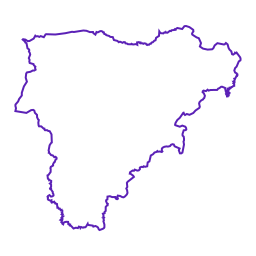 outline of Ponorogo, Jawa Timur, Indonesia
{"feature_id": "22746128B39928875112308", "entity_name": "Ponorogo", "entity_type": "district", "adm_level": 2, "iso_a3": "IDN", "parent_name": "Indonesia", "parent_adm1": "Jawa Timur", "projection": "robinson", "projection_center": [111.509, -7.971], "detail": "fine", "context": "isolated", "style": "outline", "palette": "violet", "viewbox_px": 256, "rotation_deg": 0, "n_neighbors": 0, "source": "geoboundaries", "source_scale": "gbopen_adm2", "svg_char_len": 5694}
<svg xmlns="http://www.w3.org/2000/svg" viewBox="0 0 256 256"><path d="M93.0,32.0L89.9,32.1L86.5,30.8L83.4,30.5L74.0,32.0L72.0,31.8L65.4,33.2L55.4,34.5L46.3,34.2L45.6,34.4L43.8,37.2L40.7,36.1L39.3,36.9L37.8,36.2L36.1,36.4L35.3,35.7L33.7,38.6L29.5,41.0L27.6,41.1L25.4,39.6L23.1,39.2L22.7,39.6L24.8,41.4L25.4,42.6L26.5,43.2L27.5,48.3L28.9,49.3L29.3,50.1L28.9,51.5L29.7,52.7L30.2,54.6L28.8,58.1L29.6,59.9L29.3,61.4L29.7,63.0L33.5,64.1L33.8,65.2L35.4,66.7L35.0,67.8L35.6,69.7L34.3,70.5L32.8,70.5L30.4,71.8L27.0,72.4L26.2,73.5L25.7,77.7L26.9,81.7L23.9,86.4L21.8,92.8L21.8,95.5L19.1,99.0L18.1,101.5L15.5,104.5L15.4,105.9L16.0,108.2L15.4,111.1L26.4,112.9L31.2,110.1L33.2,109.9L34.3,110.6L34.9,112.8L37.0,114.9L37.1,117.3L38.1,119.4L38.8,120.0L38.3,122.7L38.6,125.4L39.0,126.3L41.3,126.4L43.4,128.4L44.4,128.6L44.4,129.4L45.0,130.2L47.2,130.2L48.1,130.9L49.7,131.2L51.5,134.4L51.8,142.5L51.0,143.1L49.6,145.3L48.6,150.5L49.0,151.6L48.8,152.8L49.3,152.9L51.1,155.1L52.8,155.4L54.3,157.2L55.5,156.8L56.5,157.7L56.6,158.8L55.6,159.6L54.6,162.2L54.0,162.4L53.0,164.4L53.1,165.5L50.8,166.9L50.4,168.3L50.7,169.0L50.6,172.0L48.5,174.9L47.5,175.4L47.9,178.7L48.7,179.2L49.1,180.2L49.4,180.0L51.2,180.9L51.1,182.7L49.9,183.5L51.1,184.7L51.1,186.7L50.0,188.6L50.2,189.0L51.1,188.9L51.1,189.6L52.8,192.0L52.7,193.0L53.4,194.1L53.5,195.5L52.5,196.3L51.0,196.6L49.5,195.1L48.1,195.9L47.5,196.8L48.0,197.6L47.8,199.0L48.2,199.7L50.4,200.7L51.4,200.3L51.3,202.0L51.7,202.6L52.3,202.4L52.3,201.9L53.0,202.3L54.2,201.7L55.2,203.4L55.6,203.2L56.1,203.8L57.0,204.0L57.4,207.7L58.2,207.6L58.7,208.7L59.8,208.6L60.7,210.3L61.6,209.9L61.7,210.4L62.3,210.6L62.3,212.4L61.8,212.8L62.7,214.1L61.9,214.5L62.6,215.0L62.2,216.4L62.9,216.5L61.6,217.7L62.4,218.3L62.5,219.0L62.3,219.8L60.9,219.5L60.5,219.9L61.4,220.2L61.9,221.1L61.3,222.1L62.0,222.7L62.4,223.8L63.2,224.3L63.6,222.7L64.4,222.2L66.1,221.8L68.1,221.9L68.3,223.9L68.8,223.8L69.2,224.6L69.4,224.3L70.2,224.5L70.2,225.6L71.2,226.0L73.5,228.5L75.9,227.7L77.9,228.1L78.9,226.6L80.1,227.2L80.4,228.0L81.1,227.0L83.0,227.7L84.0,227.2L84.9,227.4L86.0,226.7L87.7,223.8L87.9,224.6L88.5,225.0L92.8,225.6L93.3,226.6L95.4,226.0L96.8,226.6L98.0,227.5L98.8,229.4L99.6,230.0L102.9,228.8L104.1,227.9L104.4,227.2L104.4,224.5L103.4,221.2L103.9,220.3L103.5,218.8L103.9,217.8L103.6,217.7L104.0,217.5L103.3,216.5L103.5,215.2L102.9,213.7L104.6,213.2L104.5,212.1L105.7,210.9L105.7,207.0L107.2,205.2L107.6,205.2L107.8,203.8L107.0,203.4L106.0,201.0L106.4,199.9L107.4,199.4L107.5,196.6L109.9,196.2L112.2,197.1L115.3,197.0L115.4,197.9L116.2,198.9L117.1,199.2L117.9,198.7L117.3,197.0L117.8,195.6L120.2,196.0L122.2,197.1L123.6,197.3L124.9,196.5L126.8,194.5L127.5,192.9L127.1,190.2L126.3,188.5L127.3,186.9L126.9,182.9L127.6,181.8L133.9,176.9L133.2,175.7L130.3,173.6L129.8,173.6L130.0,172.3L132.6,170.5L133.9,170.8L134.7,169.6L137.3,170.6L138.7,170.4L139.9,169.2L139.8,167.8L140.2,167.3L141.8,166.8L143.0,167.1L143.7,166.3L145.1,166.8L147.2,166.3L147.7,162.4L149.4,161.4L150.8,155.5L153.1,154.2L154.5,152.5L156.3,152.0L157.3,151.1L157.7,151.7L159.8,151.5L161.8,152.0L162.4,151.4L161.8,150.5L161.9,148.5L162.8,147.6L164.3,146.8L166.5,146.4L167.9,146.6L170.0,146.1L171.0,144.8L172.5,144.2L173.8,144.5L174.6,146.3L179.6,148.5L178.8,150.2L179.9,153.3L181.2,153.4L182.4,152.6L184.0,144.5L183.5,141.5L184.0,140.4L184.0,138.7L183.7,136.6L182.6,135.6L182.5,134.1L183.7,130.3L185.7,130.1L186.3,129.5L186.1,128.0L185.3,126.7L182.3,125.6L179.8,126.7L175.9,125.4L175.2,125.1L175.1,124.5L175.6,122.8L177.3,120.0L179.8,117.8L183.3,112.8L183.6,112.7L184.2,114.2L185.0,115.0L186.8,114.0L189.5,114.8L193.3,113.0L195.5,110.5L199.3,107.9L199.8,106.8L199.1,103.5L199.5,102.2L201.2,100.4L203.1,99.4L203.5,98.5L204.2,98.1L204.9,95.8L203.8,93.2L202.6,92.2L202.8,91.2L203.5,90.6L206.0,91.1L207.6,89.7L208.6,90.6L210.5,90.0L217.2,89.9L218.2,88.6L219.3,88.2L221.1,86.8L222.0,86.7L225.0,87.9L225.7,91.1L227.0,91.0L227.0,91.8L226.4,92.4L226.9,92.9L226.3,93.3L226.8,93.7L226.2,94.4L227.0,95.6L227.0,96.4L227.7,96.4L228.0,95.5L228.6,95.6L228.8,95.2L228.4,93.5L229.5,93.3L229.6,92.9L228.1,91.7L227.6,91.8L228.3,90.7L228.2,90.3L227.6,90.5L227.6,89.0L228.8,89.8L229.4,89.1L229.1,88.4L229.9,88.3L229.8,87.7L231.1,87.7L231.4,87.0L232.3,86.9L233.5,85.8L234.2,85.8L234.2,83.9L233.4,83.3L234.0,82.7L233.5,81.9L234.5,82.0L234.5,81.1L234.1,80.9L234.8,79.5L234.4,78.7L235.2,78.5L236.4,76.2L237.0,76.1L237.5,75.0L237.4,74.5L236.9,74.6L237.0,74.0L236.7,73.4L235.1,72.5L234.3,70.5L235.1,68.1L236.6,66.6L238.8,61.4L240.4,60.4L240.6,59.0L240.2,57.4L236.6,52.6L235.9,53.2L235.0,52.7L234.7,53.5L233.2,54.6L232.1,54.2L231.3,51.3L229.5,49.6L228.6,48.0L227.6,44.4L225.9,43.0L224.7,44.3L223.9,44.5L217.4,43.2L214.7,45.4L213.3,48.3L212.1,49.3L207.6,49.6L203.0,48.6L199.9,46.5L201.0,43.1L198.8,38.2L196.6,37.4L192.4,34.7L192.0,33.9L192.6,32.4L193.4,31.5L193.2,29.8L189.4,27.1L186.0,26.0L184.4,26.2L182.2,29.0L177.3,28.0L175.6,29.2L175.6,29.8L174.8,29.9L174.6,29.4L173.9,30.0L171.5,30.3L171.0,31.1L169.8,30.9L167.5,32.7L165.9,32.6L165.7,32.2L165.4,32.6L164.4,32.4L163.4,33.4L161.0,33.2L160.2,32.8L159.3,31.4L159.0,35.9L156.1,37.8L155.5,40.3L154.3,40.7L152.9,42.2L151.7,42.5L150.9,43.7L150.3,43.6L148.9,44.8L147.9,44.5L147.2,45.0L146.7,44.8L145.8,43.6L144.1,43.3L143.3,43.8L142.1,43.2L140.7,43.4L140.4,43.3L140.4,42.5L139.4,42.7L138.9,42.1L137.1,42.4L137.3,44.8L135.9,44.1L133.0,44.5L131.5,43.8L131.1,44.3L127.9,44.2L126.9,43.5L125.5,43.4L124.9,42.2L123.7,42.1L122.5,42.8L120.4,41.8L119.5,41.8L118.8,42.2L117.4,40.9L113.9,40.0L112.8,37.1L110.3,36.9L109.2,36.0L106.2,35.1L105.7,34.3L104.3,34.0L103.8,32.3L102.9,32.3L102.6,31.6L101.5,31.1L100.3,31.1L97.7,32.4L96.5,32.0L95.4,34.6L93.4,33.2L93.0,32.0Z" fill="none" stroke="#5b21b6" stroke-width="2"/></svg>